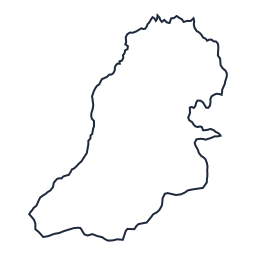 Cordeiros, Bahia, Brazil (Robinson projection)
{"feature_id": "56859067B54638855899687", "entity_name": "Cordeiros", "entity_type": "district", "adm_level": 2, "iso_a3": "BRA", "parent_name": "Brazil", "parent_adm1": "Bahia", "projection": "robinson", "projection_center": [-41.901, -15.032], "detail": "fine", "context": "isolated", "style": "outline", "palette": "slate", "viewbox_px": 256, "rotation_deg": 0, "n_neighbors": 0, "source": "geoboundaries", "source_scale": "gbopen_adm2", "svg_char_len": 2943}
<svg xmlns="http://www.w3.org/2000/svg" viewBox="0 0 256 256"><path d="M43.2,237.0L48.0,236.2L54.5,233.8L59.4,233.0L61.9,231.9L64.2,231.0L73.5,228.2L78.3,227.7L80.5,228.1L84.4,234.4L87.7,235.5L92.3,234.1L97.7,236.2L102.0,237.1L105.2,239.3L108.0,240.6L112.6,240.4L117.3,239.3L122.8,239.8L125.8,230.8L127.5,228.9L134.3,229.2L136.5,225.9L138.5,224.1L146.7,222.5L150.5,217.9L153.2,214.3L156.6,212.5L159.3,210.1L161.7,205.9L162.2,203.4L162.6,198.3L164.8,193.8L167.7,193.1L175.9,195.0L180.7,194.4L185.0,192.5L187.6,190.5L192.0,189.5L202.9,187.9L206.8,182.5L206.9,179.1L207.3,176.8L207.4,173.9L207.2,170.3L207.5,166.3L206.8,162.7L205.4,159.1L203.4,157.3L201.2,155.9L198.9,153.0L197.8,149.6L196.5,147.4L195.3,145.1L194.7,142.9L196.4,139.3L200.6,138.8L203.4,139.0L205.5,139.7L207.9,138.9L210.1,138.3L212.1,137.5L214.9,136.3L217.4,136.4L220.5,135.7L219.3,133.9L217.5,132.7L215.6,131.9L213.9,130.3L210.6,128.9L208.1,129.7L205.0,130.2L203.0,130.2L202.0,127.2L200.0,126.4L197.8,127.1L195.3,126.3L193.7,124.7L192.0,122.0L189.3,120.3L188.2,117.6L189.3,115.1L190.0,112.9L189.9,110.3L189.8,107.6L191.7,107.0L193.9,107.9L195.4,105.9L196.2,102.7L197.4,100.6L200.6,100.7L203.1,102.5L204.2,104.4L206.1,107.6L208.2,107.8L210.0,105.6L210.5,102.2L210.4,99.0L211.6,96.3L214.1,94.8L216.2,93.8L219.2,94.0L221.6,94.8L222.1,91.7L222.3,89.4L223.7,86.4L224.8,83.8L225.3,81.1L226.1,78.8L226.8,76.4L226.8,73.4L225.5,70.7L222.6,68.2L220.6,65.1L220.1,58.6L217.9,55.5L218.1,51.3L218.4,46.8L217.8,43.5L216.0,41.5L213.4,41.3L211.8,39.7L209.3,39.6L207.1,40.7L205.6,38.7L203.1,37.5L201.5,34.9L199.4,32.6L196.7,31.1L194.5,27.6L193.8,24.5L194.2,21.4L193.5,18.3L190.6,21.0L187.4,20.9L183.6,21.9L181.9,19.3L179.5,18.0L176.6,16.0L173.9,18.1L171.2,18.3L169.5,23.0L166.8,22.4L164.3,19.9L161.9,21.9L160.3,19.9L159.5,17.6L157.5,15.4L157.2,18.8L155.8,20.8L154.5,18.4L152.5,17.2L150.5,20.2L149.4,22.3L147.6,24.2L146.6,26.8L145.1,28.8L143.1,29.0L141.3,28.3L139.1,29.7L136.1,31.5L132.8,32.7L129.8,32.6L127.1,34.4L125.7,37.4L126.2,42.0L125.3,44.3L127.9,46.2L127.5,49.1L125.1,50.4L124.6,53.2L123.0,55.2L123.3,57.7L122.0,60.6L119.5,61.3L119.8,63.7L117.5,63.6L115.9,65.2L114.9,67.2L114.8,70.2L113.4,73.1L111.5,74.5L109.1,74.7L107.1,76.8L104.7,77.9L102.0,79.1L100.9,80.9L99.1,84.5L97.1,85.7L95.2,88.4L93.7,91.5L92.9,93.9L92.0,96.2L92.6,99.6L92.9,102.5L93.3,105.0L92.6,109.4L91.5,112.6L91.2,116.2L91.9,118.8L94.0,121.0L94.0,123.8L94.0,126.6L93.1,128.6L92.7,131.3L92.2,134.0L90.6,135.4L90.4,138.6L88.4,140.7L88.3,144.8L87.4,149.6L86.8,153.1L85.0,155.8L83.1,158.8L81.3,161.5L79.3,163.2L76.9,165.8L74.3,168.3L71.9,169.4L70.6,172.0L68.7,175.0L65.7,175.6L63.1,176.6L61.5,178.4L59.1,178.3L57.3,178.8L55.4,180.7L53.7,183.0L53.0,187.1L50.3,190.5L47.6,192.1L45.6,193.9L42.9,195.5L40.2,197.5L38.8,200.3L37.7,202.9L36.4,205.8L33.8,207.7L32.5,209.7L30.6,211.9L29.2,214.2L31.6,216.9L34.0,219.8L35.4,223.7L35.3,226.6L35.4,229.3L38.2,231.5L40.5,233.9L43.2,237.0Z" fill="none" stroke="#1e293b" stroke-width="2"/></svg>